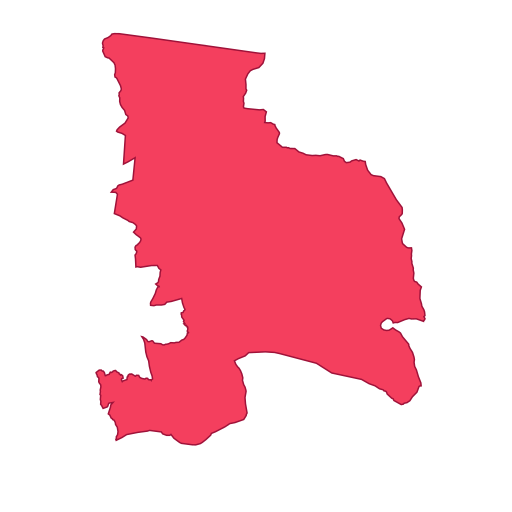 Lambussie-karni, Upper West, Ghana (orthographic projection), rotated 8°
{"feature_id": "2480657B9523556036154", "entity_name": "Lambussie-karni", "entity_type": "district", "adm_level": 2, "iso_a3": "GHA", "parent_name": "Ghana", "parent_adm1": "Upper West", "projection": "orthographic", "projection_center": [-2.645, 10.837], "detail": "fine", "context": "isolated", "style": "filled", "palette": "rose", "viewbox_px": 512, "rotation_deg": 8, "n_neighbors": 0, "source": "geoboundaries", "source_scale": "gbopen_adm2", "svg_char_len": 6093}
<svg xmlns="http://www.w3.org/2000/svg" viewBox="0 0 512 512"><g transform="rotate(8 256 256)"><path d="M437.6,361.6L436.9,358.7L433.6,352.9L430.7,346.5L428.5,343.3L427.3,339.2L427.3,336.6L426.5,334.1L424.4,329.7L421.3,326.0L419.7,323.4L419.5,322.1L412.3,315.6L409.8,312.2L408.1,311.2L404.5,309.8L401.5,308.1L398.1,311.0L395.5,311.6L392.8,311.4L390.1,310.1L389.0,307.5L389.3,305.1L390.3,303.5L394.1,299.8L394.8,299.5L397.4,299.5L398.8,300.3L400.2,301.3L401.2,303.2L402.8,302.5L405.5,302.2L412.1,298.3L416.2,296.5L418.8,296.7L423.5,295.9L431.0,297.4L431.0,296.6L431.7,296.0L432.1,294.6L430.7,292.7L431.6,291.5L430.7,287.9L429.7,285.9L427.2,282.6L426.5,280.3L424.2,275.3L423.4,267.2L424.1,263.6L420.4,261.2L418.8,259.5L416.6,259.1L415.8,258.3L414.9,256.2L414.7,251.0L413.6,247.8L413.5,246.1L411.3,241.5L411.2,240.0L410.0,236.8L410.0,234.2L409.6,232.3L409.6,228.9L408.8,226.3L405.9,226.8L404.0,226.5L399.4,223.3L398.8,221.8L397.8,218.7L399.4,208.9L395.9,203.0L392.4,199.1L392.4,197.3L394.6,194.5L394.9,193.4L394.5,189.9L393.9,187.6L387.1,180.7L375.1,165.5L372.4,161.5L368.6,160.0L361.1,160.1L358.6,159.4L354.6,155.5L351.9,150.2L351.0,147.2L348.9,147.2L345.7,146.5L344.7,147.6L341.7,146.6L337.5,148.5L336.0,150.0L332.4,151.0L330.4,149.9L328.9,147.4L324.2,145.8L322.9,146.0L322.0,145.6L318.7,146.1L312.6,145.5L310.5,145.9L305.5,147.8L301.2,148.0L297.7,148.7L291.5,148.8L288.3,147.7L284.0,147.0L279.5,144.2L274.6,144.8L273.2,144.2L271.9,144.5L270.9,144.1L267.1,144.7L261.0,140.9L260.7,137.7L261.0,135.8L262.2,131.6L261.9,130.4L258.1,126.4L256.5,124.0L256.3,123.2L254.9,123.1L252.0,121.9L249.3,122.5L246.0,122.6L246.3,121.1L245.6,116.7L246.2,111.8L242.9,109.9L239.2,110.8L227.1,111.3L223.6,111.2L222.8,110.1L222.8,106.4L222.0,104.7L221.7,101.4L221.2,100.0L223.1,96.1L223.7,93.1L222.8,91.9L222.2,87.6L220.9,82.3L222.6,76.7L224.6,73.3L227.0,71.6L232.6,69.0L236.0,64.2L236.9,59.4L236.6,54.0L232.7,54.7L228.5,54.8L122.7,54.7L89.7,54.9L84.8,55.5L82.4,56.3L81.6,57.9L79.2,60.2L75.8,62.2L74.8,64.0L74.4,66.0L74.4,66.8L75.4,69.2L75.3,70.8L76.2,71.0L76.1,72.3L75.6,73.3L75.7,74.4L78.9,79.6L81.6,80.4L82.9,80.4L88.4,84.3L89.9,86.6L90.8,90.1L91.2,94.0L90.8,96.1L91.5,98.4L92.9,98.9L93.7,99.8L98.0,106.0L99.2,108.7L99.4,110.1L99.1,111.2L97.7,113.5L98.1,115.2L97.9,116.4L99.1,118.4L99.5,121.9L100.7,124.9L102.7,127.5L105.6,130.1L107.4,134.0L109.6,135.2L110.2,137.1L107.8,142.6L103.0,147.3L100.9,150.3L100.5,151.8L101.8,152.5L106.2,153.2L109.9,154.8L112.0,183.4L116.1,180.6L122.6,175.5L123.5,198.0L113.6,203.5L110.6,204.7L109.4,205.8L108.7,208.0L108.0,208.8L105.4,210.1L103.8,212.9L108.2,212.5L110.2,214.1L109.8,233.7L115.7,235.2L118.7,236.7L124.2,238.6L125.6,239.5L129.6,240.1L132.3,241.6L133.6,242.9L133.7,245.9L131.4,249.4L134.3,251.5L138.9,254.0L139.4,254.5L139.8,255.6L139.6,257.2L138.7,259.2L137.7,260.2L137.3,261.2L135.7,262.4L135.0,264.1L135.5,266.4L136.4,267.3L136.9,267.3L137.4,268.5L136.9,270.6L136.1,271.9L137.1,275.7L138.6,283.6L139.8,283.1L143.3,283.2L153.8,280.0L159.6,279.1L161.6,281.8L163.7,283.0L163.4,285.6L163.7,289.4L162.9,292.8L163.0,295.1L162.4,296.2L160.6,297.7L162.5,299.0L164.2,299.5L164.4,299.9L163.1,300.4L162.0,303.5L161.5,307.1L159.8,312.4L158.2,316.3L158.1,317.6L158.5,319.5L161.8,319.4L164.1,318.4L169.1,317.7L172.4,316.6L174.1,314.1L178.4,312.8L188.3,308.4L189.7,312.7L191.9,317.1L193.1,318.7L192.8,319.8L192.1,320.3L191.6,322.1L189.9,322.7L190.0,324.1L190.4,324.4L191.0,326.8L193.7,329.7L193.3,330.9L194.9,332.8L194.0,333.2L195.7,334.6L196.2,334.4L196.4,334.8L196.9,334.6L197.5,335.6L198.0,335.6L198.0,336.4L198.6,336.7L198.5,337.7L198.7,338.5L198.3,339.9L199.8,341.3L199.5,341.7L198.8,341.8L198.7,344.1L197.1,347.3L196.0,348.7L194.2,349.6L191.7,352.2L188.7,352.7L187.3,353.4L183.6,353.7L181.8,355.0L179.9,355.8L178.9,355.9L177.3,356.9L175.7,356.9L174.0,356.1L167.6,356.5L165.5,354.5L164.7,354.4L162.0,355.8L160.6,355.7L159.6,354.3L158.6,353.6L155.3,351.9L154.2,351.8L156.2,354.1L158.0,357.7L160.2,366.4L162.0,370.9L164.3,374.8L165.8,380.1L168.0,385.8L169.8,389.2L170.7,392.2L169.7,393.2L169.6,393.8L168.9,393.2L167.3,393.5L166.5,393.2L165.8,392.3L165.0,392.2L164.0,392.4L163.1,393.3L159.9,393.1L157.8,392.4L156.4,390.5L154.1,390.8L153.4,391.8L153.1,391.8L149.3,390.1L148.4,390.6L147.7,390.3L146.8,390.9L145.9,392.0L146.0,393.2L145.3,393.7L145.4,396.3L141.4,398.4L141.0,399.0L139.9,397.3L140.1,396.2L141.4,395.5L140.7,393.2L139.3,392.3L138.9,392.2L138.5,392.8L138.2,392.6L137.5,391.9L137.0,391.8L136.6,390.9L134.0,390.0L133.1,389.0L132.6,388.9L130.6,389.8L130.1,390.7L128.9,391.5L128.3,391.2L127.8,391.4L127.1,393.6L124.8,394.6L124.0,395.4L123.4,395.5L122.0,392.4L120.7,391.2L119.8,391.4L118.7,390.5L116.6,390.8L113.9,393.6L114.2,394.0L114.2,394.7L115.0,395.5L115.8,397.6L117.0,398.3L117.5,399.2L117.8,402.5L118.7,403.8L120.1,405.1L120.6,407.2L120.4,410.4L120.8,412.0L120.8,414.9L121.6,415.5L121.8,419.7L122.6,421.6L122.8,424.5L123.8,425.4L125.8,428.2L129.6,426.2L130.1,425.4L130.6,422.5L131.1,422.1L134.8,420.9L133.0,423.6L132.9,426.1L131.7,432.9L133.4,433.9L135.1,436.6L136.6,437.3L136.8,437.9L138.4,438.4L139.8,440.4L140.4,442.4L142.5,444.9L143.8,449.1L143.8,452.2L142.8,454.6L143.3,456.5L143.1,457.2L142.8,457.2L143.2,458.0L148.4,454.5L152.8,450.8L163.5,447.1L172.8,444.5L174.9,443.5L186.7,443.4L188.3,445.1L192.3,446.0L195.6,445.6L196.6,444.5L200.1,447.9L206.2,451.2L208.2,451.9L219.1,451.8L222.6,451.4L227.0,449.5L228.8,448.0L231.9,444.8L236.0,439.8L236.5,437.9L240.4,435.6L249.1,429.4L253.4,425.6L258.3,423.9L266.6,419.6L268.5,415.3L268.4,414.5L269.0,412.7L266.2,404.0L264.8,397.7L265.0,391.5L264.7,390.4L263.4,387.4L261.7,385.1L260.7,382.8L259.9,381.0L259.9,378.5L258.4,374.8L256.6,371.7L254.7,369.4L253.4,368.5L251.1,366.1L249.2,362.8L252.8,360.1L259.2,356.4L262.2,352.7L278.6,349.6L287.8,348.9L292.9,349.3L330.8,353.8L347.3,361.3L377.7,363.5L385.8,366.7L392.0,368.0L396.8,370.3L399.9,370.7L400.9,371.0L401.4,371.7L403.3,371.9L404.2,372.6L405.1,374.4L410.3,378.0L411.6,378.2L412.7,379.9L420.5,382.9L422.5,382.2L423.2,381.2L425.9,380.2L428.5,377.9L430.5,373.6L434.3,368.5L435.6,362.5L436.4,361.9L437.6,361.6Z" fill="#f43f5e" stroke="#9f1239" stroke-width="1.5"/></g></svg>